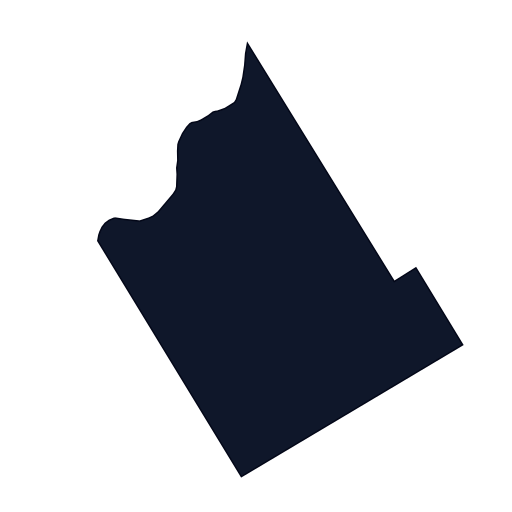 Marion, Missouri, United States of America, rotated 238°
{"feature_id": "52423323B24545032731493", "entity_name": "Marion", "entity_type": "district", "adm_level": 2, "iso_a3": "USA", "parent_name": "United States of America", "parent_adm1": "Missouri", "projection": "orthographic", "projection_center": [-91.436, 39.803], "detail": "fine", "context": "isolated", "style": "filled", "palette": "ink", "viewbox_px": 512, "rotation_deg": 238, "n_neighbors": 0, "source": "geoboundaries", "source_scale": "gbopen_adm2", "svg_char_len": 708}
<svg xmlns="http://www.w3.org/2000/svg" viewBox="0 0 512 512"><g transform="rotate(238 256 256)"><path d="M71.2,384.2L161.2,385.3L161.1,359.7L440.8,361.4L433.2,354.5L423.8,347.6L414.4,339.6L409.3,334.4L399.0,322.2L397.5,319.1L397.5,307.9L399.2,300.1L400.1,298.2L400.8,295.8L400.2,290.2L400.4,281.4L401.0,277.4L403.1,272.3L403.2,270.1L401.9,265.5L398.8,258.7L393.9,251.2L392.0,249.0L386.6,245.2L378.4,240.3L372.7,235.5L367.0,232.4L356.8,225.5L354.4,223.0L352.3,218.6L345.2,196.5L344.3,189.8L344.9,185.2L347.2,175.9L357.1,163.3L362.6,156.9L363.3,155.5L364.1,150.5L363.7,145.5L362.0,140.8L359.3,136.6L357.1,133.9L352.7,129.9L76.7,126.7L71.2,384.2Z" fill="#0f172a" stroke="#020617" stroke-width="1.5"/></g></svg>